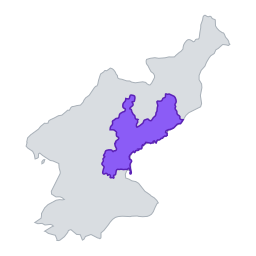 where Hamgyŏng-namdo sits in North Korea
{"feature_id": "PRK-3311", "entity_name": "Hamgyŏng-namdo", "entity_type": "Province", "adm_level": 1, "iso_a3": "PRK", "parent_name": "North Korea", "parent_adm1": "", "projection": "orthographic", "projection_center": [127.614, 40.189], "detail": "fine", "context": "in_parent", "style": "filled", "palette": "violet", "viewbox_px": 256, "rotation_deg": 0, "n_neighbors": 0, "source": "natural_earth", "source_scale": "10m", "svg_char_len": 8904}
<svg xmlns="http://www.w3.org/2000/svg" viewBox="0 0 256 256"><path d="M158.3,202.9L157.1,203.5L155.2,207.2L153.3,211.7L151.5,214.2L149.4,215.6L147.2,216.4L142.7,216.7L138.7,216.4L137.3,216.0L131.8,216.2L130.2,216.6L122.2,216.2L118.1,216.6L115.4,217.4L112.7,219.3L110.3,222.0L108.2,225.0L104.0,230.3L101.0,232.9L101.0,236.8L100.9,237.9L99.9,238.7L99.5,238.3L97.8,238.0L91.0,234.5L85.4,236.5L83.9,239.3L82.4,240.1L80.3,234.7L76.6,234.4L70.9,229.6L68.4,230.5L67.7,232.4L64.4,236.7L59.9,240.2L58.4,240.6L56.8,240.4L57.0,239.4L55.3,235.3L48.3,233.4L45.8,231.6L44.6,231.2L51.6,226.9L53.4,226.1L52.1,225.0L50.6,224.4L45.0,225.0L42.1,223.4L37.8,223.7L34.8,222.5L41.1,218.2L41.5,215.6L41.5,213.6L44.7,207.8L48.0,204.6L56.2,200.2L59.7,199.6L62.2,199.9L64.3,199.5L62.2,197.7L60.0,196.8L55.9,196.9L51.6,194.1L51.3,191.3L60.1,173.7L60.3,172.1L59.1,167.7L58.8,163.5L52.9,160.9L50.3,160.5L42.8,155.6L39.8,153.1L38.6,153.7L38.3,157.5L37.1,158.3L35.1,159.0L34.3,154.6L32.7,151.4L27.8,148.1L26.1,146.2L27.1,142.5L26.7,142.1L27.6,137.9L30.8,134.7L38.5,129.1L40.6,126.4L44.5,123.2L46.2,123.4L48.0,123.1L48.5,121.7L49.0,120.6L50.5,119.7L54.2,118.0L58.5,115.7L61.8,115.2L66.0,111.7L67.6,110.2L69.3,110.3L69.8,109.6L70.8,107.7L72.1,106.6L73.9,106.4L76.8,105.6L80.5,105.1L83.1,102.2L84.0,100.1L85.7,97.8L89.2,95.3L91.7,91.6L94.4,87.6L95.7,86.3L96.9,86.0L97.7,84.5L98.6,80.2L99.9,76.0L100.6,74.0L103.7,71.9L104.5,70.8L105.2,70.5L106.6,70.8L108.5,69.5L110.3,68.1L112.0,68.6L113.6,69.8L115.3,72.1L116.1,74.0L117.4,75.6L117.7,77.8L119.1,78.8L122.0,79.3L126.7,80.9L129.8,81.0L131.6,82.1L135.3,82.8L142.7,81.8L145.7,82.4L147.0,83.8L148.9,84.9L150.1,84.9L151.7,83.0L153.4,79.8L154.6,77.4L154.5,75.5L153.5,73.5L151.0,71.6L149.4,68.7L147.9,65.6L147.0,64.6L146.3,63.2L146.1,60.9L146.6,59.4L150.3,58.3L154.9,57.7L158.7,58.3L165.1,57.8L168.9,56.9L171.8,57.0L174.5,56.9L175.6,55.6L179.3,52.4L181.0,51.3L182.9,49.1L183.2,46.9L183.6,45.1L184.6,43.1L186.5,40.7L188.1,39.6L189.9,39.7L191.9,40.7L193.2,41.8L194.5,41.4L195.6,39.6L196.4,39.2L198.6,39.0L199.2,37.8L199.9,32.3L200.7,27.9L200.8,24.9L202.6,19.8L203.1,16.8L204.2,15.4L205.6,15.4L206.7,16.3L208.2,16.8L210.0,16.2L211.4,17.0L212.2,18.6L215.1,19.6L215.3,20.4L215.5,25.9L217.1,28.4L219.2,30.6L222.1,32.6L223.6,33.0L224.5,34.5L225.5,37.1L227.6,39.5L228.7,41.3L229.0,43.2L229.9,44.3L228.4,45.5L226.2,44.9L222.7,44.5L218.3,48.4L215.9,49.8L214.2,53.5L210.7,55.8L208.9,58.2L206.5,62.3L204.9,66.2L201.2,70.3L199.1,75.4L199.1,79.7L201.6,84.0L201.9,87.7L200.4,95.5L201.6,103.6L200.6,106.8L188.8,112.7L185.8,115.5L181.5,122.9L176.2,125.6L172.9,128.6L168.3,130.5L165.4,135.6L162.2,138.5L158.4,140.3L155.5,142.6L149.0,142.8L144.5,144.4L141.2,148.7L131.4,153.5L130.1,157.2L130.7,162.9L130.8,167.2L129.9,170.8L127.8,169.8L126.6,171.0L125.3,174.3L125.7,178.0L129.1,179.2L131.8,180.8L135.8,181.6L138.6,183.3L144.8,191.2L149.9,194.7L151.2,196.0L154.1,197.7L156.8,200.4L158.3,202.9ZM43.8,162.7L41.9,163.8L41.9,161.6L43.4,159.8L44.8,159.6L43.8,162.7Z" fill="#d9dde1" stroke="#a8b0b8" stroke-width="1"/><path d="M183.1,119.7L182.9,120.0L182.8,120.5L181.7,122.0L180.5,123.7L178.9,123.6L177.2,124.2L174.7,126.9L173.5,128.1L172.5,128.3L172.0,128.8L170.9,129.2L170.4,129.2L170.0,129.7L169.0,129.5L167.9,129.9L167.3,130.8L166.9,130.8L166.8,130.4L166.2,130.7L165.7,131.3L165.6,132.5L166.0,132.7L166.9,133.0L167.0,133.4L167.3,133.8L167.1,134.4L167.2,135.4L166.8,135.6L166.0,136.3L165.8,136.3L165.4,136.1L164.7,136.1L164.4,136.4L163.3,136.9L163.0,137.6L162.8,137.9L162.2,138.3L161.2,138.3L160.2,139.4L159.7,139.7L159.0,140.0L158.3,139.9L157.5,140.0L156.6,141.3L156.3,142.9L155.4,142.7L154.7,141.3L154.2,140.9L153.3,141.3L153.0,141.8L153.2,142.9L152.9,143.0L152.2,142.9L151.9,142.9L151.5,143.0L150.9,143.4L150.6,143.5L150.4,143.4L150.1,143.0L145.8,142.3L145.6,142.5L145.6,143.1L145.5,143.3L145.2,143.6L144.9,143.7L144.6,143.8L144.4,144.0L143.8,145.0L143.6,145.3L143.3,145.4L142.5,144.9L142.0,145.9L142.0,146.6L141.8,148.4L141.5,148.8L138.4,149.1L138.9,149.5L138.8,150.0L137.8,150.5L136.7,150.3L135.6,150.7L135.1,152.1L134.6,152.5L134.1,151.9L133.3,151.4L132.7,152.3L132.3,152.5L131.7,152.9L131.2,153.4L130.8,154.4L129.9,155.0L129.7,155.4L129.6,155.7L129.3,156.4L129.2,156.7L129.3,157.1L129.4,157.7L129.5,158.7L129.6,159.2L129.8,159.4L130.1,159.3L130.9,159.7L131.5,160.5L131.6,161.5L130.4,163.3L129.9,165.1L130.4,168.0L131.3,172.2L131.2,173.4L131.0,173.8L130.6,174.0L130.2,173.9L129.9,173.4L129.9,172.8L130.1,172.2L130.6,171.1L129.4,169.4L129.3,168.9L129.0,168.4L128.6,168.3L128.2,168.6L127.2,169.5L126.7,169.4L126.2,169.4L125.2,169.4L123.6,169.6L121.9,169.3L120.8,169.2L119.2,169.5L118.0,169.3L117.7,169.3L117.3,169.5L117.0,169.6L116.7,169.9L116.5,170.2L116.3,170.5L116.2,170.9L116.0,172.2L115.8,173.1L115.7,174.0L115.5,174.5L115.1,174.8L114.9,175.0L113.9,175.2L113.7,175.5L113.6,175.8L113.7,176.5L113.9,177.2L113.9,177.5L113.9,177.8L113.5,178.1L112.8,177.7L112.4,177.6L111.9,177.6L111.0,177.8L110.8,177.8L110.5,177.7L110.3,177.6L110.1,177.4L110.1,177.2L110.3,176.4L110.4,176.1L110.3,175.7L110.2,175.3L110.0,175.0L109.8,174.8L109.6,174.7L109.4,174.6L109.2,174.6L108.9,174.6L108.7,174.6L108.5,174.8L108.1,175.2L107.9,175.3L107.7,175.3L107.6,175.1L107.5,174.9L107.4,174.4L107.2,174.0L107.1,173.8L106.9,173.6L106.7,173.5L106.4,173.4L105.9,173.4L105.7,173.4L105.5,173.5L104.4,174.0L104.0,174.1L103.7,174.0L103.5,173.9L103.3,173.8L103.1,173.6L102.8,173.1L102.7,172.9L102.7,172.4L102.8,171.6L103.5,168.8L104.0,167.5L104.1,167.3L104.1,166.9L103.9,166.5L103.7,166.2L102.5,165.0L102.2,164.6L102.0,164.4L102.0,164.2L101.9,163.8L102.0,163.4L102.3,162.6L102.6,162.2L102.8,161.9L103.0,161.7L103.3,161.2L103.3,160.7L103.3,160.4L103.2,160.1L103.0,159.4L103.0,159.1L103.0,158.8L103.3,158.4L104.6,157.0L104.7,156.8L104.7,156.6L104.6,156.3L104.5,156.2L103.8,156.0L103.7,155.9L103.6,155.7L103.6,155.3L104.1,154.4L104.6,153.6L104.8,153.4L104.9,153.1L105.3,151.6L105.5,151.2L105.7,150.9L105.9,150.8L106.3,150.5L106.8,150.3L108.6,149.9L110.7,149.9L111.2,150.0L111.6,150.1L111.8,150.3L112.0,150.4L112.6,151.4L112.8,151.5L113.1,151.6L113.3,151.5L113.5,151.3L113.8,151.0L114.0,150.8L115.5,150.7L115.9,150.4L116.2,150.0L116.4,149.6L116.5,149.3L116.5,149.0L116.5,148.6L116.3,148.2L115.4,146.4L115.2,146.0L114.9,144.4L114.8,143.8L114.8,143.6L114.8,143.3L114.9,143.1L115.4,143.0L115.6,142.9L115.7,142.7L115.7,142.4L115.6,141.9L115.6,141.6L115.7,141.4L115.8,141.2L118.2,139.3L118.5,138.8L118.6,138.6L118.7,138.4L118.7,137.9L118.5,137.6L118.2,137.2L117.0,136.5L116.7,136.2L116.5,135.8L116.4,135.2L116.3,133.9L116.3,133.6L116.5,133.2L116.6,132.9L116.6,132.7L116.5,132.3L116.4,132.0L114.8,130.5L114.5,130.3L114.1,130.1L113.5,129.9L113.1,129.8L110.1,129.8L110.1,129.3L110.2,128.5L110.3,127.7L110.5,127.0L111.1,126.0L111.9,125.2L112.5,124.3L112.6,123.1L112.4,121.5L112.8,120.8L113.6,120.3L114.6,119.6L115.1,119.2L115.5,118.8L116.0,118.5L116.6,118.4L118.0,118.2L118.4,118.0L119.0,117.0L119.5,114.5L120.2,113.5L122.7,112.0L124.1,111.6L124.5,111.4L124.9,111.0L125.1,110.5L125.3,110.0L125.3,109.1L124.9,108.6L123.6,108.0L122.9,107.0L122.8,105.6L123.0,104.0L123.6,102.9L125.2,101.1L125.6,100.1L125.8,98.5L127.1,98.8L128.5,98.9L129.1,98.7L129.4,98.2L129.6,97.4L129.8,96.6L130.3,95.3L131.1,95.0L133.3,95.4L134.5,96.0L134.9,97.1L134.9,98.4L134.6,100.1L134.5,100.7L134.3,101.2L133.9,101.5L133.4,101.7L132.5,101.7L132.0,102.0L132.2,102.5L133.0,103.8L133.1,104.9L132.5,105.8L130.5,107.4L130.1,107.9L129.8,108.3L129.9,108.9L130.3,109.1L130.9,109.2L131.3,109.7L131.5,110.2L131.7,111.3L131.9,111.9L133.2,114.2L133.5,114.7L133.9,114.9L134.3,115.1L134.6,115.5L134.9,116.1L135.1,117.7L135.3,118.4L135.6,118.8L135.9,119.0L136.2,119.2L136.6,119.2L137.6,119.3L138.1,119.5L137.8,119.9L137.5,120.4L137.5,120.8L137.6,121.3L137.7,121.9L137.6,122.5L137.4,122.8L136.8,123.5L136.6,124.1L136.5,124.6L136.4,125.7L136.5,126.5L136.7,127.0L137.1,127.1L137.6,126.9L139.7,125.7L142.7,123.3L143.1,122.8L143.4,122.1L143.6,121.4L143.8,120.9L144.1,120.4L144.6,120.0L147.1,119.1L147.6,119.0L148.1,119.1L148.5,119.5L149.3,120.3L150.2,120.7L151.2,120.6L152.0,119.7L153.3,117.7L153.8,117.2L155.3,115.9L155.6,115.3L155.8,114.8L156.0,113.2L156.1,112.6L156.6,111.8L156.9,111.3L157.0,110.5L157.1,109.8L157.2,108.3L157.3,107.5L157.7,106.1L157.8,105.4L157.5,104.2L157.1,102.9L156.9,101.8L157.5,101.1L158.5,101.1L159.7,101.2L160.8,101.1L161.7,100.6L162.1,100.1L162.7,98.9L163.0,98.3L163.6,98.0L164.9,97.5L165.3,97.0L165.4,96.5L165.5,95.8L165.5,95.0L165.5,94.5L165.6,94.0L166.1,93.9L167.4,94.3L167.8,94.3L168.6,94.1L169.1,94.0L169.6,94.2L172.9,95.7L174.2,96.4L175.1,97.5L175.9,99.5L176.1,100.6L176.2,101.7L176.0,102.5L175.3,103.7L175.0,104.5L175.0,105.2L175.4,105.9L175.7,106.6L175.5,107.1L175.1,107.8L175.1,108.4L175.3,109.1L175.7,109.8L176.3,110.5L176.6,110.9L176.8,111.4L176.9,111.9L176.9,113.0L177.0,113.5L177.4,114.3L178.0,114.9L179.4,115.9L179.9,116.6L179.9,117.2L179.8,117.8L179.9,118.6L180.3,119.1L180.8,119.4L181.4,119.6L183.1,119.7Z" fill="#8b5cf6" stroke="#5b21b6" stroke-width="1.5"/></svg>